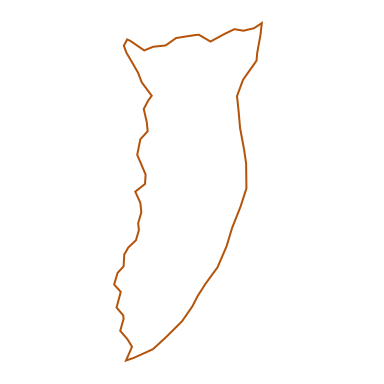 Akapnou, Limassol, Cyprus (Mercator projection), rotated 84°
{"feature_id": "46923920B88661960336096", "entity_name": "Akapnou", "entity_type": "district", "adm_level": 2, "iso_a3": "CYP", "parent_name": "Cyprus", "parent_adm1": "Limassol", "projection": "mercator", "projection_center": [33.196, 34.842], "detail": "fine", "context": "isolated", "style": "outline", "palette": "amber", "viewbox_px": 384, "rotation_deg": 84, "n_neighbors": 0, "source": "geoboundaries", "source_scale": "gbopen_adm2", "svg_char_len": 1049}
<svg xmlns="http://www.w3.org/2000/svg" viewBox="0 0 384 384"><g transform="rotate(84 192 192)"><path d="M33.5,240.5L39.4,244.5L46.8,242.6L55.3,238.7L67.7,233.2L77.7,230.5L92.1,222.0L96.3,225.9L104.4,231.3L117.6,229.7L126.9,229.7L134.2,237.9L140.7,239.9L149.3,242.6L169.8,236.3L179.1,237.9L185.7,248.4L197.3,244.5L206.9,244.5L217.4,248.8L224.3,248.8L234.0,252.7L240.6,261.2L247.1,265.9L258.8,267.8L264.6,274.4L275.8,279.1L283.9,273.3L299.0,279.1L307.5,273.3L311.0,273.3L322.6,277.9L325.3,276.0L331.5,271.7L339.6,267.8L350.7,274.1L352.7,275.2L350.8,267.0L344.2,247.2L337.5,238.2L333.8,233.2L319.5,215.4L305.9,203.7L295.6,196.9L290.4,192.7L284.7,188.2L269.6,174.5L249.6,163.3L232.0,155.9L211.5,145.2L194.1,137.5L169.4,135.2L156.0,135.7L133.5,137.5L116.2,137.2L101.3,137.2L85.7,129.5L68.1,114.1L60.5,112.6L55.6,111.2L43.4,107.6L31.3,104.9L35.6,113.2L36.4,119.6L37.0,123.9L34.5,132.9L38.1,142.9L44.3,157.9L36.4,168.6L36.2,171.8L37.2,191.7L43.5,202.9L43.5,215.4L46.2,224.7L35.3,237.5L33.5,240.5Z" fill="none" stroke="#b45309" stroke-width="2"/></g></svg>